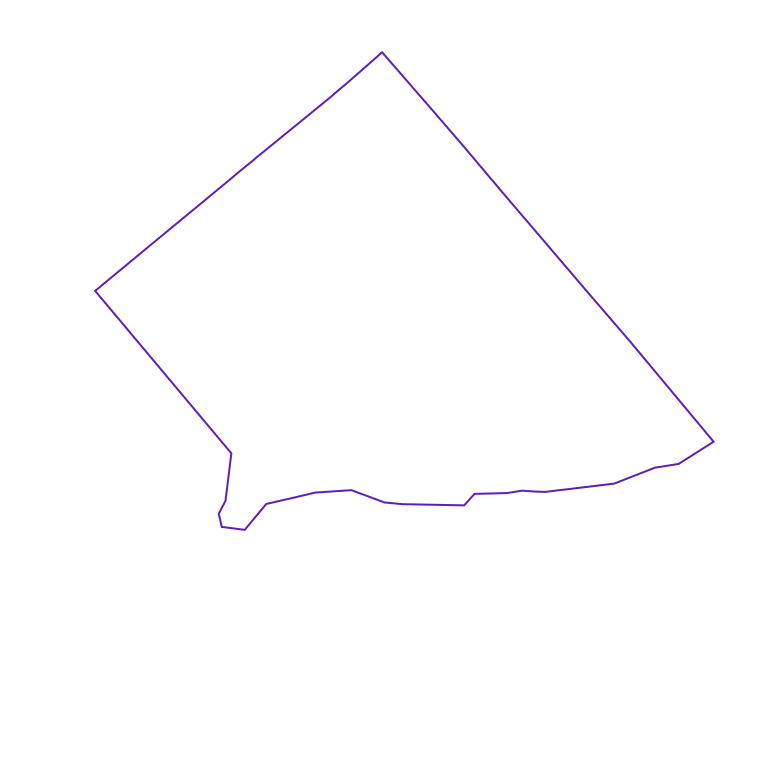 the district of Limestone, Alabama, United States of America, rotated 319°
{"feature_id": "52423323B63204194774288", "entity_name": "Limestone", "entity_type": "district", "adm_level": 2, "iso_a3": "USA", "parent_name": "United States of America", "parent_adm1": "Alabama", "projection": "equal_earth", "projection_center": [-86.962, 34.775], "detail": "fine", "context": "isolated", "style": "outline", "palette": "violet", "viewbox_px": 768, "rotation_deg": 319, "n_neighbors": 0, "source": "geoboundaries", "source_scale": "gbopen_adm2", "svg_char_len": 694}
<svg xmlns="http://www.w3.org/2000/svg" viewBox="0 0 768 768"><g transform="rotate(319 384 384)"><path d="M594.9,643.8L597.6,514.0L597.9,449.6L598.0,437.1L598.8,352.2L598.8,348.0L599.1,316.3L600.0,256.6L600.2,200.1L600.2,132.4L567.8,132.6L554.2,132.6L545.3,132.5L542.4,132.4L537.8,132.4L531.6,132.4L439.9,129.5L437.2,129.4L435.1,129.3L433.6,129.4L411.2,128.7L401.4,128.6L304.1,126.1L227.1,124.2L223.3,336.2L187.7,368.2L174.2,373.5L167.8,385.4L183.2,402.7L216.4,397.3L261.1,421.0L289.7,442.7L306.7,473.8L319.2,486.9L364.9,528.2L380.2,526.3L405.4,547.1L418.1,555.0L428.4,565.2L434.9,571.2L492.4,610.2L533.6,624.9L553.9,637.6L594.9,643.8Z" fill="none" stroke="#5b21b6" stroke-width="2"/></g></svg>